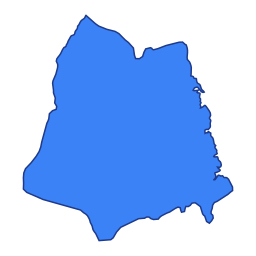 outline of Lindi
{"feature_id": "TZA-3387", "entity_name": "Lindi", "entity_type": "Region", "adm_level": 1, "iso_a3": "TZA", "parent_name": "United Republic of Tanzania", "parent_adm1": "", "projection": "natural_earth1", "projection_center": [38.938, -9.38], "detail": "fine", "context": "isolated", "style": "filled", "palette": "blue", "viewbox_px": 256, "rotation_deg": 0, "n_neighbors": 0, "source": "natural_earth", "source_scale": "10m", "svg_char_len": 3725}
<svg xmlns="http://www.w3.org/2000/svg" viewBox="0 0 256 256"><path d="M186.1,44.8L186.6,46.0L187.2,48.1L187.5,50.3L187.5,52.7L187.1,57.2L187.3,59.4L189.6,62.1L190.4,63.9L191.0,65.9L191.3,67.7L191.1,74.2L190.8,75.8L193.1,76.5L193.5,77.0L193.7,77.6L194.0,78.2L194.7,78.4L196.1,78.5L196.5,79.0L196.5,80.0L196.8,81.6L197.4,82.9L198.1,83.5L198.9,83.9L199.8,84.6L200.4,85.7L201.2,88.4L201.9,89.7L203.8,91.4L204.2,92.1L203.3,92.4L202.5,92.3L202.0,92.1L201.0,91.3L200.9,91.1L199.6,89.7L198.2,87.8L197.2,87.1L195.9,87.3L195.1,87.7L194.7,87.8L194.4,88.0L193.1,90.2L194.1,90.7L198.2,90.2L197.3,91.5L197.0,92.3L197.6,92.8L198.9,92.9L200.0,93.3L200.0,94.4L199.6,96.0L199.6,97.7L199.7,98.0L200.3,98.6L200.5,98.9L200.5,100.3L200.5,100.5L200.1,101.3L200.1,101.5L200.5,101.9L200.8,102.1L201.0,102.6L200.8,103.3L200.4,103.8L200.1,104.4L200.3,105.3L200.8,106.5L200.8,107.1L200.5,107.9L201.4,107.7L202.6,107.0L203.7,106.2L204.4,105.5L205.2,105.5L206.2,106.5L209.1,110.7L210.3,113.0L210.6,115.4L209.5,117.9L209.5,118.4L209.9,119.1L210.4,119.7L210.7,120.3L210.7,121.2L210.3,122.8L210.2,123.5L210.4,126.1L210.2,127.1L209.3,128.4L208.4,129.3L207.8,129.5L207.1,129.3L206.1,129.5L205.2,129.9L204.9,130.6L204.9,131.7L205.1,133.3L205.7,132.9L206.5,132.8L207.9,132.7L208.0,131.8L208.4,131.5L209.0,131.9L209.5,132.4L209.7,132.6L210.0,132.7L210.7,133.0L210.8,133.9L210.7,134.8L210.7,135.4L211.1,136.1L212.7,137.8L213.3,139.3L214.1,143.6L214.8,144.8L215.7,145.5L215.5,146.0L215.0,146.5L214.8,147.2L215.2,148.0L215.5,148.6L216.4,149.6L216.8,150.4L216.6,152.0L217.2,153.6L216.6,154.1L215.3,154.7L214.1,155.9L213.8,156.6L214.4,156.9L217.0,156.8L217.5,156.9L217.8,157.4L218.3,159.5L218.7,160.3L219.8,161.3L220.4,161.9L220.8,162.8L221.3,165.0L220.8,166.6L219.5,167.4L217.5,167.1L218.1,168.1L220.0,169.8L220.1,170.5L219.4,171.1L217.0,172.2L215.0,172.8L214.9,173.7L215.8,175.7L215.7,177.2L215.2,178.3L214.4,179.2L213.4,180.0L215.1,179.6L218.3,175.2L219.7,175.4L220.6,176.0L222.6,175.8L224.0,177.5L224.9,177.6L225.9,177.5L226.8,177.7L228.5,179.2L232.5,187.0L232.6,190.6L230.5,192.1L228.1,194.2L217.2,201.3L214.4,202.5L212.7,205.1L212.2,208.4L211.1,211.5L211.1,213.6L212.8,215.3L213.2,218.1L211.6,220.8L209.4,223.2L206.6,221.5L204.7,216.0L203.6,215.2L202.6,213.8L200.4,206.6L195.3,202.8L193.6,202.9L191.9,203.2L190.2,205.4L188.1,206.6L185.9,206.4L185.2,208.2L184.5,211.5L181.5,212.2L180.7,210.1L180.2,207.7L178.0,207.1L175.3,208.4L169.7,212.0L166.6,213.2L161.4,215.9L159.5,217.5L158.3,219.1L153.6,219.5L151.0,218.7L149.0,217.1L146.7,217.0L144.6,218.2L138.6,218.7L120.7,227.3L116.5,232.1L113.2,237.8L110.8,239.7L99.1,240.6L95.7,233.5L94.2,231.6L93.0,229.6L92.1,225.9L90.3,222.4L89.9,220.7L89.2,218.8L87.5,215.7L85.7,214.0L83.6,212.7L80.5,210.0L43.1,199.5L26.8,192.4L23.4,189.1L23.6,183.4L23.4,177.7L23.8,173.0L25.5,168.7L31.1,162.8L36.2,156.3L39.2,151.4L40.8,146.9L41.7,142.2L46.9,123.2L48.0,121.0L48.8,118.7L49.4,113.7L52.5,110.7L56.2,109.3L56.7,106.3L54.7,102.9L55.3,98.0L53.5,92.9L53.5,90.3L52.6,83.2L53.0,80.9L55.9,74.1L57.5,68.0L57.7,66.3L57.7,64.6L57.4,63.6L56.3,61.2L56.8,58.9L58.2,56.9L59.5,55.3L60.7,53.5L62.6,49.5L63.9,47.6L64.3,47.3L65.3,46.9L65.8,46.5L66.1,45.9L66.4,44.8L67.4,43.2L68.2,41.0L70.6,36.7L71.1,36.0L72.0,35.5L73.2,35.1L74.3,34.5L74.8,33.3L75.0,32.1L75.5,31.0L77.2,28.7L77.4,28.2L77.5,27.6L77.5,26.9L77.7,26.2L78.0,25.7L78.5,25.3L78.9,24.7L80.3,22.0L81.0,20.9L82.1,19.9L83.9,18.7L84.4,18.2L84.9,17.5L85.5,16.0L86.0,15.4L95.4,23.7L98.8,26.1L106.8,29.3L115.1,31.4L118.9,33.6L125.1,39.9L128.4,42.5L133.4,48.0L134.5,55.4L135.6,58.6L139.4,58.7L142.6,56.5L144.0,52.2L145.7,48.9L150.4,47.7L151.7,48.2L152.4,49.3L153.5,49.8L157.7,48.7L166.1,45.5L179.2,42.2L182.6,42.1L185.1,44.4L186.1,44.8Z" fill="#3b82f6" stroke="#1e3a8a" stroke-width="1.5"/></svg>